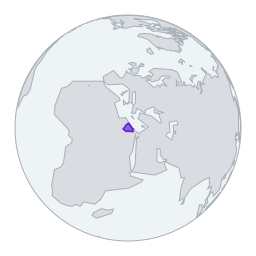 Matruh highlighted on a globe, orthographic projection, rotated 41°
{"feature_id": "EGY-1540", "entity_name": "Matruh", "entity_type": "Governorate", "adm_level": 1, "iso_a3": "EGY", "parent_name": "Egypt", "parent_adm1": "", "projection": "orthographic", "projection_center": [26.768, 29.661], "detail": "fine", "context": "on_globe", "style": "filled", "palette": "violet", "viewbox_px": 256, "rotation_deg": 41, "n_neighbors": 0, "source": "natural_earth", "source_scale": "10m", "svg_char_len": 10552}
<svg xmlns="http://www.w3.org/2000/svg" viewBox="0 0 256 256"><g transform="rotate(41 128 128)"><circle cx="128" cy="128" r="113" fill="#eef3f6" stroke="#a8b0b8"/><path d="M115.7,16.0L122.2,15.5L123.7,15.4L126.0,15.4L125.5,15.4L127.1,15.4L137.2,15.7L139.6,16.0L139.4,16.0L134.5,15.8L134.3,15.9L137.9,16.2L139.9,16.6L134.7,16.2L137.7,17.0L130.1,17.5L116.3,17.5L112.0,18.9L97.7,22.3L99.0,22.5L94.3,24.4L94.1,25.4L91.5,26.0L93.5,26.3L95.9,25.6L97.6,25.5L97.7,26.1L94.4,27.0L93.9,26.8L92.9,27.4L91.3,27.6L92.1,27.8L88.2,28.9L92.2,28.8L89.0,30.6L86.4,31.1L86.6,29.7L81.0,28.5L78.4,29.1L74.5,31.1L67.2,37.3L64.3,38.8L60.4,41.7L62.0,41.3L65.6,38.9L67.6,39.3L71.7,36.7L73.1,36.5L77.4,34.7L76.8,36.5L73.8,39.4L70.2,41.1L68.8,42.5L72.3,42.3L65.6,47.3L61.2,53.9L59.5,55.2L56.1,54.7L56.1,50.8L51.7,51.4L54.5,52.7L50.1,56.5L49.4,57.9L49.6,58.9L51.3,58.2L49.8,60.0L46.4,59.1L47.7,57.4L48.8,57.6L48.7,55.9L46.4,55.9L44.4,58.1L43.1,56.6L41.6,58.2L40.5,59.0L42.9,56.4L38.5,61.3L36.7,62.2L33.1,67.3L37.9,60.5L43.1,54.0L48.9,47.9L55.0,42.2L61.6,37.0L68.5,32.3L75.8,28.2L83.4,24.6L91.2,21.5L99.2,19.1L107.4,17.3L115.7,16.0ZM18.6,101.3L18.6,101.0L17.7,105.3L17.4,111.1L17.1,111.9L16.6,123.7L18.1,132.3L18.4,137.8L18.0,139.7L19.0,142.5L19.0,144.2L24.6,154.9L29.0,163.4L29.9,169.2L28.2,172.7L31.3,184.2L29.6,182.8L29.7,183.1L25.9,175.6L22.6,167.8L19.9,159.8L17.9,151.6L16.4,143.3L15.6,134.9L15.4,126.4L15.8,118.0L16.9,109.6L18.6,101.3ZM25.5,81.4L24.3,84.1L24.6,83.3L25.5,81.4ZM30.5,71.6L31.2,70.4L30.7,71.3L30.5,71.6ZM140.0,16.0L140.7,16.1L141.7,16.2L140.0,16.0ZM77.5,33.9L77.4,34.3L76.7,34.4L77.5,33.9ZM79.4,32.7L78.5,32.6L79.3,32.1L79.8,32.2L79.4,32.7ZM142.4,16.5L143.8,16.8L141.5,16.4L142.4,16.5ZM80.3,33.1L80.8,31.2L82.1,30.3L85.3,29.9L80.3,33.1ZM144.1,17.0L147.6,18.1L149.5,18.3L146.2,18.8L144.3,17.5L141.2,16.9L143.5,17.1L144.1,17.0ZM96.7,25.1L94.1,25.9L96.2,24.7L96.7,25.1ZM97.6,24.4L101.6,21.3L105.4,20.6L103.3,21.6L108.2,20.5L108.1,21.6L105.4,22.5L102.9,22.7L104.7,23.1L97.6,24.4ZM143.9,19.0L144.0,19.4L142.9,19.0L143.9,19.0ZM98.4,25.4L98.9,24.8L102.2,24.1L101.9,25.3L100.9,25.1L98.4,25.4ZM109.5,19.7L111.9,19.6L112.5,20.4L113.5,20.5L108.4,21.6L109.5,19.7ZM100.2,25.6L101.7,25.9L100.2,26.9L98.2,26.0L100.2,25.6ZM103.2,23.4L104.8,23.2L103.8,23.7L103.2,23.4ZM95.6,30.8L96.1,29.8L97.9,29.3L95.6,30.8ZM102.3,26.0L102.8,25.7L103.6,25.5L104.2,25.9L102.3,26.0ZM109.2,22.2L108.9,22.7L111.3,21.8L111.8,22.5L108.3,23.2L110.1,23.2L110.2,23.5L107.2,23.8L109.2,22.2ZM107.1,25.7L102.8,27.1L101.5,28.9L99.9,29.3L102.3,26.4L107.1,25.7ZM107.4,24.5L106.9,25.3L105.1,25.4L104.4,24.8L107.4,24.5ZM113.5,22.9L113.6,21.5L114.3,21.4L113.5,22.9ZM107.1,26.2L108.1,25.9L107.2,26.3L107.1,26.2ZM111.9,23.8L111.8,23.3L112.7,23.2L111.9,23.8ZM110.3,25.7L108.9,26.1L108.4,25.7L110.3,25.7ZM111.3,24.8L112.5,24.9L109.0,25.4L111.1,24.6L111.3,24.8ZM112.8,23.8L113.2,23.6L112.7,24.1L112.8,23.8ZM113.1,27.1L108.8,27.8L107.6,26.9L111.9,26.3L113.1,27.1ZM58.4,159.6L51.8,141.6L55.1,136.4L55.7,128.9L78.6,108.9L83.4,111.5L101.4,110.9L103.7,112.2L101.5,118.0L115.0,126.4L119.4,121.6L131.6,125.6L139.8,125.1L142.7,113.7L129.4,114.3L127.1,108.8L137.8,103.6L149.5,103.4L149.0,101.4L141.6,97.2L144.4,93.1L139.1,95.4L141.2,97.4L138.0,99.1L135.8,97.4L136.9,95.9L133.4,95.1L129.3,102.8L131.0,105.7L121.8,107.2L123.8,112.3L121.2,114.6L117.0,106.9L117.4,104.1L109.5,95.7L108.2,98.7L115.6,107.0L113.3,106.3L111.6,110.9L111.0,106.9L103.3,97.5L95.0,98.4L84.3,108.7L79.5,108.8L75.5,105.5L79.4,94.1L89.8,95.3L91.3,91.8L89.3,85.9L92.6,86.9L93.1,84.8L97.0,85.2L102.6,80.8L106.6,80.7L108.9,74.6L111.2,73.8L109.2,77.6L109.9,80.3L119.9,80.6L121.8,79.3L122.5,75.4L125.2,76.2L124.5,72.4L130.3,71.0L122.8,69.8L123.4,65.7L126.9,62.7L125.7,61.2L120.0,66.2L118.9,68.5L120.2,70.7L116.1,77.3L112.7,78.2L111.8,70.9L106.9,71.6L108.4,65.9L122.9,55.2L128.9,53.3L138.7,58.3L137.2,60.8L133.0,60.1L136.8,64.3L136.6,62.2L138.8,63.0L139.9,59.7L141.5,60.1L139.8,56.4L141.9,56.6L143.0,58.9L146.4,54.6L150.8,54.3L150.8,53.2L149.6,52.1L156.0,52.7L155.7,51.9L153.5,51.3L151.5,49.3L150.5,46.2L152.8,46.6L153.4,47.8L158.3,51.0L159.7,54.3L160.5,54.2L159.8,51.4L153.9,47.5L152.7,45.5L155.7,47.0L154.5,46.3L154.6,45.5L156.8,45.1L153.6,43.4L151.4,34.9L155.5,33.7L158.5,35.8L159.4,31.3L163.9,31.0L161.8,30.4L160.9,28.2L159.5,28.3L158.4,27.9L155.3,23.2L156.4,22.7L152.7,20.7L151.7,20.5L150.7,20.7L146.2,18.8L149.5,18.3L151.7,18.7L152.2,18.4L157.2,19.7L161.6,20.8L166.7,23.0L169.7,23.9L169.6,23.7L173.6,25.1L182.3,29.4L175.9,26.8L162.9,22.1L168.3,24.0L167.3,23.9L169.3,24.9L173.0,26.4L173.4,26.3L180.3,31.8L189.7,37.9L188.6,35.8L190.7,36.4L200.4,43.1L213.1,57.4L216.0,59.6L218.1,62.0L219.6,65.0L216.7,61.4L215.8,61.5L213.9,59.3L215.4,63.3L212.8,60.3L215.3,65.2L217.4,66.8L217.0,64.2L220.3,70.1L223.5,72.3L226.9,77.5L231.8,90.9L232.3,97.7L233.0,99.7L231.6,99.2L232.1,104.8L236.6,112.3L237.4,115.4L237.1,124.5L236.7,122.3L233.0,120.9L234.0,128.9L236.9,131.8L237.9,137.9L236.5,138.0L235.2,132.9L233.9,132.2L233.0,125.5L229.5,117.4L228.0,121.5L226.9,117.6L221.9,112.1L219.0,117.9L215.1,133.0L216.6,143.3L214.4,149.3L206.9,137.7L203.3,128.5L200.7,130.8L192.9,124.8L179.7,128.7L177.7,126.4L175.3,128.4L169.7,127.0L166.6,123.1L163.3,124.1L171.5,134.3L175.1,133.2L177.8,127.9L179.5,131.8L184.8,134.1L179.3,145.8L159.6,158.7L157.5,151.1L141.6,130.7L142.0,128.1L141.9,127.8L141.7,127.3L140.4,131.6L137.6,127.4L146.3,142.2L147.8,148.7L159.3,159.2L158.3,160.6L161.9,162.4L173.4,157.3L173.5,159.9L168.2,172.7L152.2,190.2L154.2,199.5L152.9,207.3L142.8,213.1L143.5,218.3L138.3,220.4L137.8,223.2L133.5,226.2L126.4,228.9L114.4,228.6L113.8,226.3L107.9,221.2L99.8,207.6L103.0,201.5L101.9,196.2L93.3,182.9L95.2,176.0L92.8,172.6L88.0,172.7L85.3,168.5L82.3,167.9L64.0,166.2L58.4,159.6ZM70.8,120.6L70.2,122.8L70.8,120.6ZM162.1,109.1L168.9,108.3L165.5,101.8L167.9,101.0L165.9,99.2L165.3,101.3L160.2,96.2L163.1,93.7L162.1,90.8L159.7,90.9L155.3,96.6L162.4,103.7L161.0,106.9L162.1,109.1ZM17.4,111.2L17.2,113.0L17.1,112.1L17.4,111.2ZM21.4,93.3L21.1,95.2L21.1,94.2L21.4,93.3ZM23.0,87.1L22.6,88.3L23.7,85.6L21.7,92.1L21.7,90.9L22.9,87.4L23.0,87.1ZM29.1,74.1L28.6,75.1L28.2,75.8L29.1,74.1ZM30.2,72.3L30.3,72.1L30.9,71.0L30.2,72.3ZM50.3,56.5L50.5,56.7L50.4,57.9L49.7,57.9L50.3,56.5ZM54.4,60.7L51.9,63.6L53.2,61.4L51.7,61.7L52.6,57.9L58.7,55.7L55.8,57.3L54.4,60.7ZM55.5,52.5L54.3,54.9L55.4,52.4L55.5,52.5ZM91.7,74.0L93.0,75.5L91.4,77.8L86.3,78.7L88.5,75.4L91.7,74.0ZM95.2,77.3L95.7,70.2L98.9,69.6L97.0,71.1L99.1,71.4L96.6,73.9L99.1,80.7L97.9,83.1L89.2,82.9L92.7,81.5L91.2,80.0L95.2,77.3ZM91.5,55.7L91.8,53.3L98.3,55.0L97.3,57.1L92.2,57.9L90.4,55.9L91.5,55.7ZM85.7,33.2L85.4,32.7L86.3,32.4L87.3,32.5L85.7,33.2ZM95.7,30.4L88.1,35.2L87.3,34.8L83.8,38.5L80.4,39.0L82.8,36.5L77.6,39.9L78.4,37.8L75.1,40.3L80.8,34.7L81.4,33.3L82.0,34.7L85.1,34.2L86.6,33.6L91.2,30.8L93.9,27.8L97.4,27.1L99.1,27.4L99.0,28.0L96.8,28.2L98.2,28.9L94.9,29.7L95.7,30.4ZM117.5,35.7L114.9,35.0L117.3,37.8L114.0,38.1L114.5,38.4L112.1,39.5L110.0,41.5L108.5,41.3L108.3,42.2L106.7,43.0L106.0,44.2L103.1,44.5L102.0,46.0L101.2,45.3L100.1,47.9L99.6,46.1L97.5,47.2L99.1,48.3L85.1,48.2L79.6,50.0L75.2,52.6L75.0,49.5L79.0,45.3L84.9,41.3L90.2,40.2L89.2,39.1L91.4,38.4L91.3,39.5L92.8,37.4L94.7,37.1L99.9,34.4L101.0,31.8L102.9,30.8L103.4,31.7L105.0,30.2L107.3,31.3L108.7,30.8L112.4,31.5L112.5,33.7L114.1,33.0L117.0,33.6L117.5,35.7ZM114.0,27.4L114.9,29.7L113.6,31.1L107.7,29.4L106.1,29.7L102.3,29.0L104.4,27.1L105.3,27.4L106.6,27.4L105.4,28.0L107.4,27.4L108.7,28.0L110.5,27.7L110.3,28.5L114.0,27.4ZM106.3,110.1L108.0,110.5L110.7,110.4L109.7,113.4L106.3,110.1ZM100.9,103.7L102.4,103.5L102.3,107.5L100.5,107.2L100.9,103.7ZM103.4,100.1L102.5,103.2L101.9,101.4L103.4,100.1ZM110.7,77.2L112.4,76.9L112.5,77.8L111.5,79.1L110.7,77.2ZM123.7,45.2L122.5,44.4L123.0,43.9L122.3,41.3L124.7,41.1L126.0,42.6L123.7,45.2ZM140.4,115.8L138.0,118.1L136.8,117.1L137.9,116.5L140.4,115.8ZM123.1,116.1L127.0,117.5L122.8,116.9L123.1,116.1ZM126.2,44.5L125.6,43.5L127.2,44.0L126.2,44.5ZM126.4,40.8L128.2,41.2L124.9,40.8L126.4,40.8ZM178.0,228.8L176.7,229.5L178.0,228.8ZM171.7,203.0L163.5,216.7L158.3,217.6L157.6,214.3L160.8,206.3L167.0,203.0L170.0,198.8L171.7,203.0ZM239.2,146.3L238.4,149.4L237.6,150.6L238.1,148.4L239.3,144.8L239.5,144.2L239.2,146.3ZM238.0,148.5L236.5,147.5L232.3,139.0L233.9,137.4L237.8,140.3L237.6,142.1L238.5,143.5L238.0,148.5ZM240.3,136.6L240.1,138.5L239.8,139.4L239.6,134.9L239.7,131.5L240.0,130.3L239.8,115.8L240.0,116.4L240.5,121.9L240.5,123.0L240.3,136.6ZM217.1,144.1L219.5,148.8L218.1,150.7L217.1,144.1ZM238.6,107.3L239.4,113.4L238.3,106.1L238.6,107.3ZM237.2,101.1L237.8,103.0L237.3,101.8L237.2,101.1ZM234.0,102.6L233.7,104.4L233.2,103.0L233.2,99.9L234.0,102.6ZM229.5,82.0L231.5,86.1L232.2,87.8L231.1,85.9L229.5,82.0ZM145.7,42.9L144.0,46.6L144.4,49.5L147.0,51.4L142.5,50.5L142.0,46.0L145.7,42.9ZM150.5,35.8L148.1,34.4L149.6,34.2L150.4,34.4L150.5,35.8ZM148.8,35.5L145.0,35.5L144.0,34.3L147.2,34.5L148.8,35.5ZM135.6,39.6L134.9,40.6L133.7,40.1L135.6,39.6ZM238.3,105.3L237.8,103.0L237.7,102.3L238.3,105.3ZM237.1,99.8L237.1,100.9L234.6,93.3L234.3,91.9L236.4,98.0L237.1,99.8L237.1,99.8ZM219.0,62.0L217.6,60.3L216.7,58.9L217.9,60.4L219.0,62.0ZM212.5,53.5L216.0,58.0L218.6,62.1L219.0,62.2L221.7,66.1L219.9,64.1L216.3,58.8L214.7,56.4L212.2,53.5L209.7,50.6L206.7,47.7L204.8,45.9L207.1,47.8L212.5,53.5ZM205.5,46.6L199.4,41.5L198.7,40.5L199.9,41.4L203.0,44.1L203.1,44.4L205.5,46.6ZM197.7,40.0L197.8,40.4L189.0,35.5L187.0,34.3L193.3,37.0L193.8,37.6L196.0,39.1L197.7,40.0ZM145.2,19.5L144.1,19.4L144.7,19.2L145.2,19.5ZM157.7,28.0L156.3,27.4L157.0,27.0L157.7,28.0ZM153.0,25.6L153.1,26.4L152.0,25.4L153.0,25.6ZM153.6,28.3L152.7,26.6L154.9,28.4L153.6,28.3Z" fill="#d9dde1" stroke="#a8b0b8" stroke-width="1"/><path d="M124.9,131.1L124.9,130.3L124.9,129.5L124.9,129.2L124.9,128.9L124.9,128.7L124.8,128.4L124.7,128.3L124.7,128.2L124.8,128.1L124.7,127.9L124.6,127.7L124.5,127.1L124.5,126.9L124.6,126.7L124.8,126.4L124.9,126.2L125.0,125.9L125.0,125.7L124.9,125.5L124.9,125.4L124.8,125.1L124.8,124.9L124.8,124.7L125.1,124.4L125.1,124.2L125.3,124.1L125.3,124.3L125.5,124.3L125.8,124.3L126.1,124.3L126.4,124.2L126.5,124.1L127.3,124.3L127.8,124.4L128.0,124.4L128.1,124.5L128.3,124.5L128.5,124.6L128.8,124.6L129.0,124.6L129.0,124.8L129.3,125.0L129.5,125.0L129.8,124.9L129.9,125.0L130.0,125.2L130.3,125.2L130.5,125.2L130.8,125.2L131.0,125.2L131.0,125.3L131.3,125.4L131.5,125.4L131.5,125.5L131.8,125.7L132.1,125.7L132.4,125.5L132.6,125.4L132.8,125.3L132.8,126.6L132.9,126.8L134.1,127.4L132.8,128.3L131.7,129.4L131.3,129.7L130.0,130.1L129.8,130.1L129.7,130.3L129.0,131.9L124.9,131.9L124.9,131.2L124.9,131.1Z" fill="#8b5cf6" stroke="#5b21b6" stroke-width="1.5"/></g></svg>